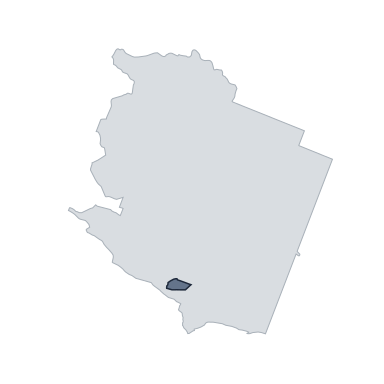 Reifi Shamal Ad Delta, Kassala, Sudan shown in context, rotated 111°
{"feature_id": "16777658B72922457996803", "entity_name": "Reifi Shamal Ad Delta", "entity_type": "district", "adm_level": 2, "iso_a3": "SDN", "parent_name": "Sudan", "parent_adm1": "Kassala", "projection": "robinson", "projection_center": [35.98, 16.599], "detail": "fine", "context": "in_parent", "style": "filled", "palette": "slate", "viewbox_px": 384, "rotation_deg": 111, "n_neighbors": 0, "source": "geoboundaries", "source_scale": "gbopen_adm2", "svg_char_len": 4164}
<svg xmlns="http://www.w3.org/2000/svg" viewBox="0 0 384 384"><g transform="rotate(111 192 192)"><path d="M253.6,300.7L250.6,300.7L250.3,299.9L250.4,297.7L250.7,296.0L251.8,293.4L251.5,291.9L251.7,289.9L250.9,287.6L243.8,280.9L242.4,279.0L238.5,277.3L239.2,275.4L237.6,261.6L238.4,260.1L238.7,257.7L238.6,255.5L239.6,252.0L239.7,250.5L232.1,250.4L232.0,251.9L232.3,253.6L232.3,254.3L221.7,254.4L225.9,259.8L226.1,262.1L225.9,265.1L225.9,267.0L226.1,268.2L227.3,270.6L227.2,271.1L226.9,271.6L219.4,278.8L218.1,282.2L217.1,283.9L214.9,286.8L208.0,294.5L206.9,295.0L201.6,295.3L201.1,295.5L200.7,295.8L196.0,291.3L188.5,285.8L183.5,288.7L182.1,289.7L182.1,292.3L181.3,293.6L179.9,295.1L176.3,296.0L174.3,296.8L172.0,298.3L169.8,300.7L169.6,302.0L169.9,303.1L157.1,303.1L156.3,302.2L154.5,298.1L153.2,298.4L141.5,297.9L139.9,298.3L136.6,300.0L134.9,300.3L133.2,299.5L127.1,291.5L125.8,290.5L124.4,288.6L123.1,287.8L122.7,287.2L122.6,286.3L122.6,284.6L122.2,283.5L121.2,283.2L113.0,285.1L111.8,284.9L110.1,285.2L109.5,285.5L108.8,286.6L108.7,288.8L108.5,289.9L107.8,291.1L105.5,293.8L104.9,295.0L105.0,298.0L104.9,299.5L104.5,300.2L103.5,301.3L103.1,302.0L102.7,305.8L101.4,308.1L101.1,308.9L101.0,310.6L100.8,311.1L97.1,312.4L95.7,313.3L94.8,314.6L94.6,315.2L93.0,314.7L91.0,314.3L87.1,313.9L85.6,313.3L84.8,312.4L85.1,310.1L84.7,309.6L84.1,309.2L83.7,308.2L83.8,307.0L85.8,304.3L86.3,302.9L86.9,296.1L86.7,294.1L85.1,290.3L81.5,283.8L80.6,282.5L76.0,277.2L75.5,276.4L74.4,274.1L75.7,269.2L75.8,267.8L75.5,266.4L74.3,265.3L73.3,265.2L71.9,263.9L71.0,263.3L70.2,262.1L69.7,260.5L70.2,254.7L69.9,253.9L68.7,253.7L68.4,253.2L68.5,252.1L67.9,248.8L67.2,246.1L67.6,244.5L66.7,242.5L64.8,241.6L61.1,242.3L59.9,242.1L59.1,241.8L58.6,241.0L58.3,240.1L58.6,238.7L59.7,236.3L61.0,234.2L63.7,232.4L64.4,231.4L64.8,230.3L64.9,229.0L64.8,227.7L64.5,226.5L63.7,224.9L63.0,223.0L63.0,221.7L63.4,220.8L64.1,219.7L66.8,217.6L69.5,215.8L70.0,215.1L69.8,214.4L68.6,212.9L68.2,210.1L67.6,208.1L69.0,206.6L70.0,206.0L71.6,205.6L72.2,204.9L72.4,203.7L72.4,202.6L73.0,201.7L73.8,199.9L74.4,199.1L76.5,196.9L77.0,195.6L77.1,194.2L76.6,190.2L77.9,188.5L79.4,187.1L81.6,187.2L85.0,186.9L87.4,186.3L89.0,186.3L92.8,187.1L93.2,186.8L93.4,185.7L94.6,109.0L110.2,109.0L110.4,108.9L111.1,72.6L209.0,72.6L209.8,72.5L211.4,69.1L212.1,68.8L213.1,69.0L213.4,69.8L212.6,72.6L298.1,72.6L298.3,76.7L299.0,80.1L301.4,84.8L303.5,87.3L304.2,88.8L304.3,89.4L304.2,90.0L303.6,89.3L302.5,88.8L302.4,91.1L302.9,95.6L303.7,98.8L303.1,101.7L303.2,106.7L304.3,112.7L304.1,116.5L305.9,125.4L307.7,130.4L308.6,131.6L309.7,132.3L311.7,132.7L314.8,135.2L317.2,137.9L318.1,139.2L319.2,140.8L320.0,140.5L320.5,140.1L321.3,141.3L325.1,144.0L325.7,145.2L324.3,146.4L322.8,148.5L322.0,150.5L321.6,151.1L320.3,152.3L320.1,152.9L319.5,153.2L319.0,153.3L317.6,153.9L316.5,153.7L315.3,154.1L314.9,154.5L313.9,155.0L312.6,155.2L310.6,156.8L308.9,157.6L308.3,158.3L307.4,161.5L306.8,162.4L304.2,162.5L302.9,162.8L301.2,162.4L300.4,162.4L300.2,163.1L299.9,165.9L299.9,167.1L298.5,170.3L298.9,176.3L297.5,180.8L297.3,181.8L295.9,185.4L295.2,186.7L293.4,193.3L292.7,195.3L291.2,197.5L292.7,213.4L291.5,218.3L291.5,221.0L290.6,224.9L289.9,226.7L288.7,228.9L287.8,231.4L286.9,234.6L286.4,240.7L286.1,241.3L281.5,242.0L280.1,242.5L279.1,243.1L277.9,244.7L275.6,249.0L274.4,251.7L272.4,255.3L270.2,257.8L269.7,259.1L269.4,261.4L268.5,265.0L267.8,267.6L267.9,269.7L267.2,273.4L267.3,275.1L266.5,276.1L265.5,277.1L264.7,277.3L261.6,274.9L259.3,276.5L257.9,278.9L256.8,281.3L257.4,286.3L257.4,287.4L257.1,288.6L254.9,293.5L254.3,295.8L253.6,299.7L253.6,300.7Z" fill="#d9dde1" stroke="#a8b0b8" stroke-width="1"/><path d="M278.4,174.9L278.5,175.3L278.7,175.9L279.7,177.5L280.1,178.0L281.3,179.0L282.4,180.0L283.9,181.1L284.0,181.1L285.1,181.9L286.1,181.6L287.0,181.4L287.7,181.4L287.8,181.4L288.4,181.7L288.6,181.8L288.8,181.8L290.4,181.4L291.0,181.1L290.9,180.6L290.7,178.0L290.5,175.9L290.5,175.7L289.1,172.1L288.9,171.7L288.0,169.2L287.6,168.1L285.7,163.1L282.1,161.3L281.0,160.8L278.9,159.7L278.9,160.1L279.0,161.9L279.0,165.4L279.1,170.5L279.2,174.1L278.4,174.9L278.4,174.9Z" fill="#64748b" stroke="#1e293b" stroke-width="1.5"/></g></svg>